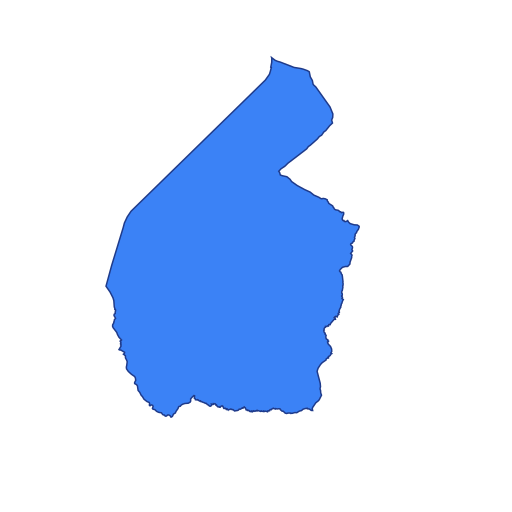 Chifunabuli, Luapula, Zambia, rotated 212°
{"feature_id": "96606910B92394332931396", "entity_name": "Chifunabuli", "entity_type": "district", "adm_level": 2, "iso_a3": "ZMB", "parent_name": "Zambia", "parent_adm1": "Luapula", "projection": "albers", "projection_center": [29.518, -11.09], "detail": "fine", "context": "isolated", "style": "filled", "palette": "blue", "viewbox_px": 512, "rotation_deg": 212, "n_neighbors": 0, "source": "geoboundaries", "source_scale": "gbopen_adm2", "svg_char_len": 6111}
<svg xmlns="http://www.w3.org/2000/svg" viewBox="0 0 512 512"><g transform="rotate(212 256 256)"><path d="M373.4,171.5L367.2,150.9L360.7,148.1L355.2,144.8L352.9,142.8L349.2,137.7L347.8,136.6L347.6,136.1L347.1,136.1L347.1,135.8L346.4,135.7L346.0,135.0L345.7,133.8L344.9,132.7L345.4,131.4L344.8,130.2L342.1,128.8L342.3,126.8L341.7,125.6L341.6,124.5L341.2,124.1L341.1,121.7L340.4,120.4L339.2,119.5L333.6,117.4L332.0,116.1L329.2,114.5L325.5,113.5L325.6,112.8L326.1,112.3L326.1,111.8L325.5,111.7L324.9,111.0L324.5,110.8L324.4,109.8L323.9,109.8L323.6,109.5L323.6,108.8L322.9,108.4L322.7,108.0L322.6,104.0L322.0,104.0L320.7,104.6L316.4,104.7L316.0,103.6L316.4,102.5L313.9,102.2L312.7,100.4L310.6,99.2L309.2,98.1L307.7,94.8L307.1,93.1L306.0,91.7L303.0,90.4L299.1,89.7L295.1,89.5L293.7,88.7L292.1,86.8L291.9,84.4L291.3,83.5L289.2,83.6L287.8,83.1L284.7,79.5L282.4,78.8L279.3,76.9L278.0,76.7L275.1,75.2L271.3,74.8L268.9,75.2L268.2,74.7L267.4,73.0L266.9,72.8L266.5,72.8L266.0,74.2L264.5,74.6L263.5,73.8L263.1,71.9L262.2,71.5L260.4,72.1L258.0,71.6L256.7,71.7L255.5,71.9L253.1,72.9L251.2,72.1L250.1,72.2L249.3,72.6L248.2,72.1L247.4,72.5L246.9,73.4L246.8,74.2L245.7,75.0L244.1,75.0L242.7,74.3L242.4,74.6L241.9,75.7L242.2,78.2L241.2,80.2L241.5,81.7L241.3,85.3L241.7,87.0L241.5,87.7L240.6,88.4L240.4,90.0L239.6,91.5L238.2,93.2L235.4,95.3L234.4,97.2L234.5,98.3L235.7,100.2L235.3,102.7L234.7,104.8L234.0,104.9L232.9,102.7L232.1,102.8L231.2,102.0L230.0,102.6L229.4,103.3L229.0,103.3L228.7,103.0L228.0,103.2L227.1,103.0L226.3,103.8L225.6,103.3L224.3,103.8L223.5,103.8L221.7,104.3L221.0,104.1L220.1,104.7L218.5,104.2L217.7,104.4L216.0,104.1L215.2,104.3L214.6,105.3L214.6,106.2L215.3,106.8L214.2,107.1L213.6,107.5L213.9,108.2L213.1,108.3L212.7,109.0L212.4,109.1L212.0,108.8L211.1,108.8L210.9,108.3L210.3,108.6L209.4,108.0L208.1,107.9L207.4,108.6L206.8,108.4L206.2,108.7L206.1,109.9L205.4,111.0L204.9,110.8L204.5,111.0L202.6,109.7L202.3,109.7L201.6,110.6L201.0,110.3L200.4,110.7L199.9,110.3L199.7,110.8L199.4,110.6L199.2,111.0L198.0,110.6L198.0,110.9L197.1,111.9L196.8,112.0L196.4,112.8L195.9,113.0L194.7,113.0L194.5,113.4L194.0,113.6L192.1,113.2L189.7,115.3L189.2,116.1L189.1,117.2L187.9,117.9L187.4,119.4L187.0,119.6L187.0,120.0L186.4,120.1L186.5,120.6L186.0,121.8L185.1,121.4L184.5,121.6L183.7,120.8L182.9,120.6L182.7,120.3L181.6,120.9L181.4,120.6L181.0,120.9L180.7,120.7L179.9,121.3L179.0,120.9L178.7,121.3L177.9,121.2L177.4,121.6L177.5,122.0L176.6,121.8L176.2,122.5L176.5,122.9L176.2,123.4L175.2,123.4L174.7,124.2L173.9,124.3L173.7,125.2L172.9,125.3L173.0,125.8L169.6,126.7L169.5,127.4L168.8,127.4L167.7,127.9L167.5,128.5L166.9,128.3L166.7,128.8L166.2,128.8L165.9,129.3L165.5,129.6L163.6,130.0L163.5,130.3L163.8,131.1L162.5,131.9L162.8,132.5L162.5,133.4L161.7,133.5L161.5,134.7L160.8,135.4L160.9,135.8L160.7,136.1L158.6,136.4L158.4,136.5L158.5,137.0L157.5,137.4L157.1,137.4L155.6,138.7L154.6,139.1L154.0,138.6L152.9,138.4L152.6,138.5L151.6,138.2L150.7,138.8L148.0,138.2L146.5,138.7L145.7,139.7L143.7,141.0L143.0,140.9L142.5,141.5L142.0,141.7L140.1,143.8L138.4,144.7L137.0,147.5L135.5,149.0L134.9,151.0L133.4,152.8L132.3,153.5L132.1,154.0L131.6,154.1L131.3,153.7L129.7,154.5L127.3,154.3L126.1,155.0L127.4,156.3L127.7,157.5L127.5,163.2L126.4,166.2L126.2,167.6L126.7,172.7L128.5,174.1L130.1,176.3L131.1,177.0L131.6,177.9L132.0,179.3L134.1,182.1L143.0,190.5L143.5,192.1L143.9,193.9L143.8,198.2L143.3,200.7L141.5,204.9L141.9,205.8L141.8,206.3L141.3,207.3L140.5,207.9L140.7,208.3L141.3,208.3L141.3,208.5L141.1,209.6L140.7,210.0L140.4,210.9L140.4,212.9L140.1,213.3L141.1,213.4L141.2,215.2L142.6,217.2L144.9,218.8L148.0,219.6L149.0,220.2L149.8,221.0L149.2,221.9L149.4,222.3L150.3,222.3L150.7,223.0L152.3,222.9L153.0,223.4L153.9,224.3L154.5,225.9L156.0,226.3L156.4,227.2L157.2,227.2L158.1,227.7L159.1,228.8L158.9,229.4L159.3,229.6L159.8,230.7L159.8,231.5L159.4,232.2L159.8,233.1L158.5,233.7L158.4,234.6L157.4,235.0L157.9,236.4L156.7,237.1L157.0,238.2L156.3,242.9L156.1,243.7L155.1,244.4L156.2,245.4L157.0,245.2L157.0,245.9L156.5,246.4L156.5,247.0L156.2,247.3L154.9,247.3L155.2,249.0L155.1,250.1L154.9,250.4L155.9,250.9L155.4,252.2L155.5,252.6L156.3,252.9L156.9,255.3L157.0,257.7L157.5,258.2L157.7,259.6L158.2,260.4L158.1,261.3L158.7,263.3L158.9,265.4L160.5,265.4L160.6,266.5L161.1,267.0L161.9,267.1L162.2,267.6L161.9,267.8L162.2,268.8L163.1,269.9L163.6,269.9L164.3,271.1L164.6,271.8L164.5,272.4L165.8,275.6L166.7,276.7L166.7,277.4L167.7,279.0L168.6,279.9L168.6,280.3L171.7,284.2L173.0,285.7L174.2,286.1L175.4,287.2L176.5,287.2L177.3,287.6L177.4,289.3L176.7,292.2L174.7,294.4L172.7,295.7L172.1,298.9L173.0,300.7L174.0,305.3L174.7,306.4L174.9,307.4L175.3,307.8L177.1,308.3L176.7,311.5L178.1,312.3L178.5,314.1L179.1,314.9L179.5,315.2L181.2,315.5L182.0,316.1L182.0,316.9L181.1,318.1L181.3,319.0L180.7,320.6L181.2,321.4L181.4,323.3L182.4,324.0L182.6,325.7L183.2,326.3L183.5,327.7L183.1,329.0L183.5,330.1L183.3,332.9L183.9,335.4L184.4,335.9L186.5,336.0L189.2,334.5L193.6,333.3L194.1,333.6L195.1,333.6L197.0,334.6L197.3,333.7L197.7,333.5L198.1,332.7L199.5,332.1L200.2,332.7L201.2,332.2L202.4,332.9L202.7,333.3L203.6,336.2L203.7,337.6L204.4,339.0L204.9,339.3L205.4,339.2L206.6,338.0L207.6,338.4L208.7,337.9L209.5,338.3L210.6,338.3L212.8,337.4L213.8,337.3L214.7,337.5L215.9,338.3L216.4,338.3L217.5,339.1L222.3,339.2L223.0,339.9L224.8,340.6L225.4,341.4L227.6,341.2L228.6,340.8L229.6,340.4L230.4,339.5L231.2,339.1L233.9,339.1L239.3,338.3L243.9,338.9L250.0,338.1L258.5,337.6L265.3,338.0L267.8,339.1L271.8,339.6L276.3,338.0L278.3,337.6L280.2,339.3L281.6,339.9L281.0,343.2L279.0,347.7L278.1,351.6L269.8,373.7L269.6,376.6L268.7,378.6L266.0,387.7L265.6,390.9L264.4,393.2L264.2,397.2L263.3,399.3L262.6,405.5L261.6,409.3L263.9,411.4L264.4,414.2L266.1,417.2L272.2,421.6L295.0,431.1L297.5,431.5L298.7,432.0L301.2,434.7L304.9,436.7L308.4,440.4L308.8,440.5L310.7,440.4L314.9,439.5L317.2,438.8L323.6,436.1L338.2,433.3L340.9,432.5L343.5,432.1L347.9,432.5L347.3,431.9L345.3,428.6L343.5,423.9L342.9,424.0L341.6,419.9L340.9,417.2L341.3,410.1L385.7,227.7L385.9,220.9L385.1,214.3L383.5,209.1L373.4,171.5Z" fill="#3b82f6" stroke="#1e3a8a" stroke-width="1.5"/></g></svg>